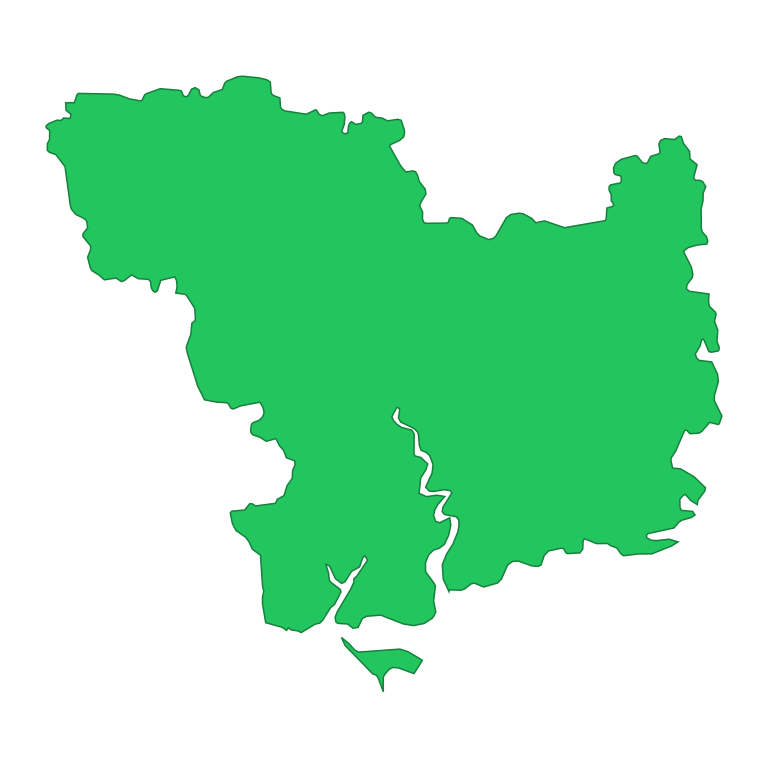 outline of Mykolayiv
{"feature_id": "UKR-284", "entity_name": "Mykolayiv", "entity_type": "Region", "adm_level": 1, "iso_a3": "UKR", "parent_name": "Ukraine", "parent_adm1": "", "projection": "orthographic", "projection_center": [31.887, 47.325], "detail": "fine", "context": "isolated", "style": "filled", "palette": "green", "viewbox_px": 768, "rotation_deg": 0, "n_neighbors": 0, "source": "natural_earth", "source_scale": "10m", "svg_char_len": 6066}
<svg xmlns="http://www.w3.org/2000/svg" viewBox="0 0 768 768"><path d="M449.0,591.6L443.2,579.0L442.3,564.7L446.6,554.0L452.9,544.1L457.8,532.1L459.0,525.3L458.8,520.0L456.2,516.7L444.5,514.5L442.2,511.7L442.9,507.2L451.8,493.0L450.4,490.6L444.0,489.7L433.8,491.5L429.3,491.1L425.6,487.2L432.2,472.7L433.0,464.4L429.6,455.5L426.3,452.5L421.0,450.2L419.3,445.0L418.5,434.8L417.6,432.1L414.3,428.6L400.6,422.0L398.4,417.8L399.6,410.9L399.3,408.4L396.9,407.3L391.9,416.6L393.4,420.5L397.0,424.4L401.5,427.4L411.9,430.1L414.2,434.1L414.0,454.1L415.1,456.0L420.8,457.4L427.7,464.0L425.9,469.8L420.8,477.8L419.1,493.3L426.5,496.6L437.0,495.2L444.8,496.5L437.9,504.4L434.8,509.8L433.6,515.5L435.6,521.4L439.8,522.7L449.8,517.8L450.8,525.3L448.6,535.4L444.3,544.4L439.2,548.3L433.4,550.1L428.5,555.1L425.5,562.6L425.6,571.7L434.4,583.7L435.4,586.0L433.6,601.2L435.8,611.9L433.6,616.5L431.9,618.5L424.0,623.5L413.7,625.6L403.5,624.0L380.6,615.1L366.5,616.3L362.4,618.5L358.1,627.4L352.9,628.2L347.6,624.0L337.9,623.4L336.0,622.2L335.1,617.3L337.4,611.5L350.5,589.5L353.9,582.2L353.8,578.8L356.7,576.3L367.6,560.1L364.8,555.7L362.8,557.7L359.5,566.9L351.4,571.5L345.1,581.7L341.7,583.4L335.4,578.7L329.5,565.9L325.9,564.4L328.5,573.0L329.3,580.2L330.8,582.2L340.2,589.4L341.0,591.9L334.5,604.5L330.8,607.4L322.7,620.2L319.8,623.1L315.1,624.2L301.2,632.6L298.0,630.9L291.3,629.9L288.3,627.8L286.6,630.4L282.1,627.3L265.7,622.7L262.5,603.8L262.5,597.3L263.8,591.2L262.5,585.8L260.5,555.3L252.3,549.1L249.0,541.8L245.8,537.4L235.9,530.4L232.4,523.6L230.3,513.0L231.7,511.2L244.7,510.0L249.7,503.7L252.1,503.8L255.7,505.9L275.5,503.3L277.4,499.2L284.0,495.6L287.1,485.6L292.2,478.4L292.6,470.5L295.1,464.7L294.6,460.8L286.4,457.8L283.7,450.5L279.7,446.1L275.9,438.6L266.2,441.3L259.7,437.1L252.9,434.9L251.0,432.7L250.6,429.9L251.5,424.3L253.0,422.7L259.4,420.2L262.6,416.8L264.1,412.9L263.2,407.9L260.0,402.2L240.5,405.9L233.3,409.0L230.9,408.2L228.4,403.9L226.6,402.7L217.2,402.2L204.5,399.8L197.7,386.1L187.3,353.0L186.2,347.2L190.8,334.3L191.9,323.1L194.6,321.2L195.4,318.8L194.7,308.2L186.4,295.3L184.9,294.3L175.8,293.1L177.1,286.4L176.5,280.4L174.7,276.9L160.8,280.3L157.3,290.9L154.8,292.3L152.6,290.4L151.3,287.8L150.5,281.5L148.3,279.3L138.5,278.7L131.5,274.9L124.5,280.5L121.4,281.6L116.1,278.1L104.3,279.8L99.3,275.3L91.7,270.5L90.2,267.5L87.6,257.2L90.5,250.0L90.6,246.0L82.8,236.4L83.1,233.6L87.6,227.9L86.7,221.1L84.3,218.6L75.9,214.5L71.4,209.2L70.3,205.3L65.0,166.6L56.0,154.7L49.4,152.3L47.3,150.3L47.4,143.6L49.5,139.5L49.7,130.6L46.1,127.6L46.3,125.6L48.9,123.5L56.8,120.2L61.2,120.4L63.6,118.0L69.7,118.4L70.5,117.5L70.8,114.2L66.1,110.4L65.7,102.7L74.3,102.7L77.0,94.7L78.4,93.4L113.7,94.1L119.5,95.1L129.5,98.9L140.6,100.9L142.0,100.4L144.6,94.9L146.5,93.6L160.2,88.7L179.5,90.3L181.4,91.0L183.4,95.8L185.8,96.8L188.1,95.8L191.4,89.3L195.1,87.6L199.0,90.0L200.2,95.0L201.4,96.3L206.2,97.7L208.6,97.0L213.4,92.5L222.3,89.5L224.7,83.2L226.4,81.3L237.5,76.8L242.2,76.2L258.7,77.8L266.4,79.6L270.3,81.9L271.2,93.5L273.6,95.6L279.9,97.9L280.5,107.2L282.0,109.3L284.9,110.9L306.3,114.2L315.6,109.8L316.6,110.2L319.2,114.4L322.4,115.7L329.3,113.0L342.9,112.3L344.3,113.8L344.9,117.5L344.2,124.6L341.9,130.9L342.1,132.1L344.6,133.9L347.8,132.8L348.5,126.0L349.7,123.1L351.6,121.7L355.7,124.4L361.5,123.3L362.5,121.5L363.0,115.3L368.8,112.2L371.2,112.9L375.5,117.3L382.3,118.1L387.5,120.8L398.0,119.3L401.2,120.3L404.4,130.1L404.6,132.7L403.7,136.9L399.5,140.5L390.4,144.7L389.6,146.2L400.5,165.5L403.4,169.3L406.1,171.9L413.1,170.9L415.6,171.8L417.7,175.7L419.2,181.4L425.3,189.3L425.9,194.1L420.9,202.3L419.7,205.9L422.6,211.9L422.5,219.0L423.8,222.4L426.3,223.3L446.5,223.1L448.4,222.2L449.5,218.4L451.0,217.6L461.8,218.3L472.5,225.1L476.8,232.9L479.8,235.9L488.8,239.6L493.3,238.3L495.8,236.1L506.3,217.8L510.8,214.5L519.1,213.2L523.0,213.7L531.8,218.4L535.8,222.7L544.6,220.9L564.5,227.7L605.3,220.6L606.2,218.6L606.9,208.0L612.5,206.4L613.9,205.0L611.2,200.4L611.3,194.9L609.0,189.8L609.2,186.4L610.7,184.8L620.2,183.0L621.3,181.1L621.0,176.1L615.1,174.5L613.8,172.7L613.6,167.6L615.8,163.1L621.3,159.3L635.3,155.5L637.4,156.3L642.0,162.2L644.6,163.4L647.2,163.2L650.6,156.4L659.4,153.6L660.0,151.6L658.9,144.1L660.5,140.5L664.7,138.6L674.5,139.5L679.2,136.1L681.3,136.6L683.4,143.3L689.6,151.4L690.0,158.9L697.1,164.7L693.9,176.6L694.0,178.6L695.7,180.4L699.5,180.2L702.6,181.5L705.8,186.6L703.2,193.0L703.0,200.9L701.1,209.0L701.3,228.0L702.2,231.9L706.5,236.7L707.8,241.1L706.9,244.0L696.8,245.1L688.2,247.6L684.0,250.8L684.2,252.9L691.3,266.9L692.8,273.8L692.4,277.5L687.0,284.7L686.4,288.9L689.5,291.3L709.0,294.0L708.5,301.1L709.2,306.0L715.4,312.2L716.1,314.2L714.5,321.3L717.8,330.1L716.9,341.2L719.3,347.6L718.9,350.1L718.0,351.0L711.5,352.2L708.9,351.6L704.0,340.1L702.6,339.0L701.8,339.5L700.0,346.2L695.3,354.0L696.7,358.0L699.2,360.4L711.7,361.9L717.5,374.0L718.4,381.6L714.5,395.1L714.3,400.5L721.9,416.0L719.3,423.7L718.3,424.5L709.7,422.4L701.7,431.5L698.7,433.2L689.9,433.7L686.7,430.2L684.7,430.3L675.7,451.0L671.2,457.9L670.9,460.3L672.6,468.1L680.5,468.8L694.1,476.8L705.5,487.8L704.7,491.2L698.0,500.2L697.2,504.6L690.9,500.6L685.3,494.4L683.1,495.4L679.8,499.4L680.0,507.4L681.4,510.4L692.7,511.4L695.0,514.9L691.4,517.5L681.9,520.2L679.0,522.1L673.9,528.0L647.7,533.7L646.5,535.3L646.7,537.7L651.1,540.2L656.6,540.6L669.3,539.2L678.0,541.9L671.8,545.9L651.7,553.9L638.7,553.9L623.6,555.7L621.3,554.3L616.7,547.9L610.4,545.6L607.6,543.5L596.4,543.6L584.5,538.7L583.1,540.8L582.8,549.0L579.9,552.9L567.5,553.6L566.0,552.8L563.8,548.9L561.5,548.2L548.6,550.9L544.2,555.6L541.0,565.1L537.9,566.4L531.8,565.9L518.1,561.0L512.4,561.5L507.7,564.9L501.5,578.9L497.6,583.0L483.7,587.0L474.2,583.1L470.8,584.0L464.8,588.9L461.2,590.2L449.4,589.9L449.0,591.6ZM414.0,673.6L398.0,667.8L392.8,667.5L389.1,669.3L384.2,675.1L383.3,677.7L383.3,691.8L377.9,677.3L376.1,675.1L372.7,673.9L345.2,645.6L341.4,637.5L348.9,643.6L355.1,650.4L358.6,652.1L399.9,649.1L407.9,651.6L422.4,660.3L414.0,673.6Z" fill="#22c55e" stroke="#15803d" stroke-width="1.5"/></svg>